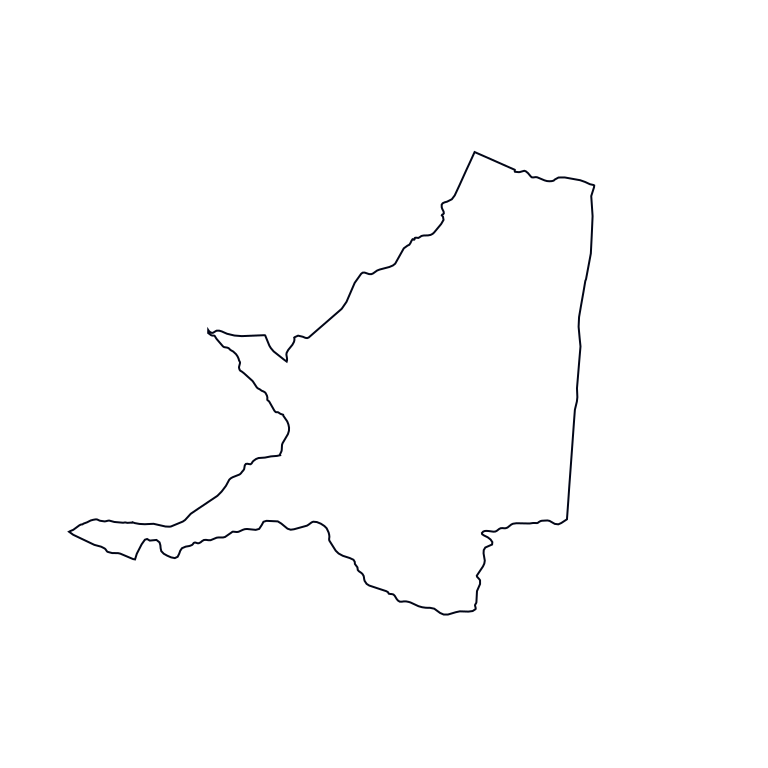 Tete, Robinson projection, rotated 115°
{"feature_id": "MOZ-1190", "entity_name": "Tete", "entity_type": "Province", "adm_level": 1, "iso_a3": "MOZ", "parent_name": "Mozambique", "parent_adm1": "", "projection": "robinson", "projection_center": [33.352, -15.869], "detail": "fine", "context": "isolated", "style": "outline", "palette": "ink", "viewbox_px": 768, "rotation_deg": 115, "n_neighbors": 0, "source": "natural_earth", "source_scale": "10m", "svg_char_len": 5986}
<svg xmlns="http://www.w3.org/2000/svg" viewBox="0 0 768 768"><g transform="rotate(115 384 384)"><path d="M135.5,399.9L135.3,391.6L135.0,377.2L134.8,365.7L134.6,356.0L136.1,355.3L136.3,355.0L135.1,351.5L134.6,350.6L131.5,347.0L131.3,345.4L132.0,342.7L133.9,338.6L134.2,337.4L133.8,336.2L132.3,333.8L131.9,332.4L131.6,324.6L131.2,322.1L130.4,319.9L129.3,317.8L128.0,316.2L126.5,315.6L123.1,313.1L120.4,307.4L116.4,292.3L115.9,287.1L115.9,281.8L115.1,278.2L115.2,277.4L116.9,276.8L126.1,275.6L133.9,271.3L143.7,265.9L154.8,261.3L163.8,257.6L178.3,251.7L188.8,249.0L203.6,245.2L205.5,245.1L216.4,242.1L229.9,238.5L240.9,235.5L249.9,231.8L259.7,226.1L266.9,221.8L281.9,216.3L295.7,211.2L306.3,207.3L314.2,203.2L318.3,201.8L326.7,200.1L336.5,196.4L347.5,192.2L363.5,186.1L381.1,179.4L399.3,172.5L412.5,167.4L421.7,163.9L429.3,161.0L435.1,164.6L437.5,166.7L438.6,170.1L438.1,176.1L438.6,178.2L441.2,183.1L442.1,184.2L443.6,185.3L444.5,185.7L445.3,186.4L445.6,187.1L447.0,190.2L448.9,193.1L454.2,205.1L456.1,208.0L457.5,209.2L461.9,211.4L463.3,212.8L464.0,214.2L464.5,215.7L465.4,217.3L466.6,218.3L469.5,219.8L470.7,220.8L471.6,222.4L473.0,226.9L473.7,228.8L474.6,230.5L475.8,231.7L477.7,232.3L478.7,231.5L479.0,229.4L479.1,225.2L479.9,221.7L481.5,219.0L483.8,218.2L489.4,223.1L492.4,223.4L495.4,222.2L501.5,218.0L504.4,217.2L507.5,217.2L518.5,218.9L519.3,218.3L520.6,215.2L521.3,214.0L524.7,212.4L532.4,212.2L542.8,208.0L543.6,207.9L545.3,208.1L546.1,208.0L546.9,207.4L547.7,206.7L548.5,206.1L549.4,205.9L552.3,207.7L553.2,209.1L554.6,211.3L558.0,219.2L560.5,222.5L565.9,228.6L567.7,232.4L567.8,236.4L566.4,243.5L567.4,247.7L569.1,251.5L570.2,255.1L570.8,258.9L570.8,267.7L571.1,269.7L571.7,272.1L572.6,274.1L573.8,275.9L574.6,277.7L574.4,279.7L573.6,281.5L571.4,284.8L570.8,286.5L571.1,288.2L571.7,289.7L572.0,291.1L571.0,292.4L570.8,294.4L571.9,303.6L572.9,312.2L572.5,315.3L570.6,318.4L569.1,319.6L567.8,320.4L566.5,321.4L565.3,323.2L564.8,324.7L564.3,327.7L563.6,329.2L561.4,330.6L559.4,334.3L557.5,335.4L556.2,337.4L556.2,341.5L557.1,348.7L556.8,353.5L555.5,357.3L549.0,367.4L547.8,368.2L545.6,368.9L543.9,369.9L542.0,371.4L539.0,375.0L537.9,378.0L537.3,382.2L537.5,386.5L538.7,389.9L540.0,391.1L543.5,393.0L545.0,394.0L553.7,404.2L555.5,407.0L555.9,410.3L553.9,418.1L553.4,422.2L557.7,432.7L559.8,435.0L563.4,435.2L568.1,435.9L570.4,438.6L573.3,446.9L574.4,448.8L575.7,450.2L579.1,453.1L579.8,453.9L580.4,455.0L581.7,458.6L582.3,459.1L583.1,459.5L589.8,463.4L591.1,465.0L593.0,469.1L594.0,470.7L598.9,475.2L599.7,476.9L600.5,479.5L601.5,481.3L603.1,482.4L605.0,483.3L605.9,484.0L606.6,484.6L607.1,485.6L607.4,487.9L607.9,488.8L608.6,489.3L610.2,489.6L610.9,489.9L612.3,491.1L613.2,492.1L615.2,495.0L618.2,497.7L621.2,498.2L624.4,497.9L627.8,498.0L630.2,500.0L631.1,503.7L631.2,508.0L630.9,511.9L629.6,515.2L627.3,517.0L624.7,518.5L622.4,520.5L621.5,524.3L624.9,530.1L624.6,533.2L626.2,534.9L631.7,535.9L642.3,536.3L648.2,535.5L648.7,537.4L649.2,551.3L649.7,553.6L652.1,558.9L652.9,563.3L652.8,564.3L651.5,566.5L651.2,567.3L651.1,568.3L651.0,571.2L651.0,571.7L652.2,578.5L652.0,601.9L651.0,607.0L649.8,606.1L647.5,604.0L640.7,600.3L639.4,599.2L638.6,597.9L637.6,597.4L634.9,594.7L631.7,592.2L630.0,590.2L628.6,588.2L628.1,587.1L628.0,586.4L628.0,584.1L627.9,583.4L626.6,579.1L626.0,578.2L624.4,576.2L623.9,575.3L623.0,570.1L620.0,561.8L618.9,560.2L618.7,559.6L618.3,557.9L616.6,554.8L616.2,553.7L615.6,553.6L615.4,551.2L614.2,546.6L612.2,541.6L608.1,533.8L605.5,521.8L604.0,518.2L603.2,516.9L593.7,508.2L591.3,506.8L583.3,504.3L575.4,499.6L555.7,487.7L550.1,485.7L543.1,484.2L536.1,483.8L534.2,483.0L532.5,481.8L527.2,476.8L526.4,476.3L525.3,475.9L523.0,475.4L521.9,475.0L520.2,474.8L516.5,475.8L514.8,475.4L514.0,474.1L513.6,472.4L513.1,471.0L511.9,470.4L510.0,470.2L508.8,469.8L506.1,468.3L504.1,466.4L501.0,460.8L497.4,455.9L494.4,450.6L492.5,448.1L492.2,448.5L488.3,448.5L487.0,448.8L482.3,450.7L480.6,450.9L470.0,449.9L466.5,450.4L463.7,451.6L461.1,453.5L458.8,455.9L455.4,461.7L454.5,462.4L454.8,465.2L454.7,466.0L454.4,467.8L454.5,468.5L455.0,469.5L455.2,470.1L455.0,471.0L454.5,472.1L448.5,480.5L448.2,481.2L448.0,482.2L447.8,482.9L447.1,483.4L445.9,483.8L445.4,484.1L444.1,485.1L442.3,487.4L442.0,488.0L441.8,488.8L441.7,490.2L441.8,491.9L441.7,492.5L441.3,494.5L441.3,495.2L441.3,495.8L441.2,496.8L440.7,498.1L437.2,503.7L436.8,504.5L433.4,515.6L432.8,518.3L432.7,519.8L432.5,520.2L432.1,520.9L431.1,521.8L430.5,522.3L429.8,522.6L426.1,523.3L425.5,523.5L425.1,523.8L424.7,524.2L424.0,525.2L423.6,525.6L422.8,526.2L421.7,527.4L420.8,528.5L419.5,530.7L418.3,534.4L418.1,537.1L417.9,538.1L417.4,539.2L417.2,540.2L417.3,541.5L418.1,544.3L418.1,545.1L417.9,546.0L414.0,554.6L413.1,556.1L412.1,557.5L411.9,558.2L412.3,559.2L412.6,559.9L412.8,560.8L412.8,561.5L412.1,564.9L409.4,566.1L409.9,565.3L410.5,563.4L410.4,561.5L409.7,560.5L407.4,559.0L406.4,558.2L405.3,555.8L404.9,553.2L404.9,552.0L404.8,547.5L403.3,540.1L400.7,533.1L396.3,524.6L390.3,513.0L390.2,512.2L397.7,504.1L399.3,501.7L401.1,497.8L404.1,485.2L404.8,481.7L403.5,481.9L401.8,482.7L398.6,484.9L396.9,485.4L393.6,485.2L387.2,483.6L383.9,483.4L382.3,483.7L380.8,484.3L379.9,485.0L379.3,484.7L376.5,482.3L375.5,477.6L375.4,474.8L374.9,473.1L373.7,471.9L361.1,466.3L344.5,458.9L333.7,454.1L325.4,452.7L304.7,453.3L293.8,451.3L292.1,450.4L291.2,448.6L290.7,444.0L289.8,441.9L288.5,440.7L284.1,438.2L282.1,436.3L275.7,428.6L272.8,426.0L270.2,424.7L252.7,423.4L248.7,421.2L247.1,419.9L245.0,419.6L242.7,419.6L240.7,419.3L240.5,418.9L240.6,418.3L240.6,417.8L240.1,417.5L239.7,417.5L238.9,417.8L238.5,417.7L237.9,416.9L237.5,415.8L237.1,414.6L236.0,413.8L234.0,412.6L232.7,410.9L230.7,406.9L229.2,404.8L227.4,403.4L225.5,402.6L214.8,399.8L210.1,399.4L207.5,401.2L206.7,402.9L205.9,402.8L205.0,402.1L204.1,401.9L202.6,402.8L200.7,405.2L199.4,406.4L197.1,407.5L195.4,407.2L193.8,405.9L192.1,403.9L187.9,400.6L183.2,399.6L171.9,399.6L154.8,399.8L147.2,399.8L135.5,399.9Z" fill="none" stroke="#020617" stroke-width="2"/></g></svg>